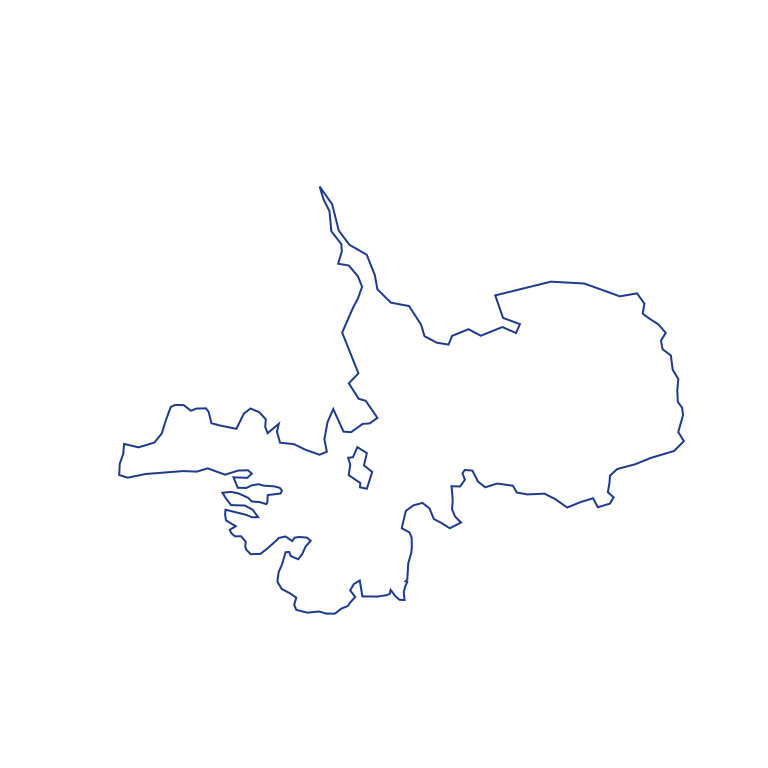 Kattakurgan, Samarkand, Uzbekistan, rotated 67°
{"feature_id": "79887680B42303592957509", "entity_name": "Kattakurgan", "entity_type": "district", "adm_level": 2, "iso_a3": "UZB", "parent_name": "Uzbekistan", "parent_adm1": "Samarkand", "projection": "orthographic", "projection_center": [66.271, 39.924], "detail": "fine", "context": "isolated", "style": "outline", "palette": "blue", "viewbox_px": 768, "rotation_deg": 67, "n_neighbors": 0, "source": "geoboundaries", "source_scale": "gbopen_adm2", "svg_char_len": 3250}
<svg xmlns="http://www.w3.org/2000/svg" viewBox="0 0 768 768"><g transform="rotate(67 384 384)"><path d="M576.2,519.0L574.1,511.0L574.2,504.1L572.0,500.6L568.8,493.7L560.8,495.8L556.4,490.0L555.4,483.1L571.1,486.9L577.0,473.3L579.4,464.2L579.4,460.7L576.1,458.4L584.0,456.3L588.6,454.1L590.9,449.5L583.1,447.1L578.6,443.5L575.3,440.0L574.1,441.2L573.1,439.0L558.5,431.7L549.7,424.6L545.2,422.2L536.2,418.6L530.6,418.5L523.8,424.0L520.4,421.7L509.3,413.4L507.2,404.2L508.5,395.1L516.4,390.7L527.7,390.9L534.6,385.3L542.5,379.8L541.6,367.2L533.7,370.4L525.8,370.3L519.1,366.7L512.4,364.3L504.5,361.8L508.1,353.9L503.7,346.9L496.9,346.7L494.7,343.3L498.2,336.5L510.6,335.6L518.6,331.2L519.9,318.6L528.0,305.1L535.9,304.1L541.7,295.1L547.6,279.2L556.8,271.4L569.3,263.6L569.5,248.8L570.9,236.2L581.0,235.3L582.4,222.7L578.0,216.9L571.1,220.2L563.1,215.1L556.7,211.8L553.4,202.6L554.6,194.0L556.0,184.4L556.3,167.2L557.6,155.8L559.0,143.2L553.8,130.3L543.2,131.9L529.4,120.8L522.4,118.9L515.3,120.5L504.8,116.7L494.4,111.1L483.8,112.7L469.8,108.8L460.9,114.0L452.2,112.0L447.0,104.7L436.4,108.1L427.7,114.0L420.4,118.4L411.8,112.9L399.4,115.7L395.5,132.6L369.8,160.3L355.0,190.4L345.9,247.0L369.7,248.6L382.0,235.5L388.7,242.5L377.8,252.8L377.4,276.0L366.6,284.8L366.3,302.5L372.9,309.2L366.7,319.2L355.9,328.0L343.8,326.7L322.0,330.5L311.8,345.9L294.2,353.1L280.3,349.9L258.3,349.4L242.4,361.4L225.2,365.7L198.2,361.5L177.1,366.1L190.2,367.5L203.8,366.7L222.8,372.8L238.6,368.6L245.4,371.0L255.4,379.2L261.1,370.2L274.7,365.9L286.0,366.2L294.9,374.4L301.5,382.5L320.3,402.4L364.2,403.4L369.6,416.1L387.7,413.1L392.3,407.4L412.6,403.3L414.7,412.5L412.4,419.3L415.5,433.1L412.0,439.9L387.2,440.5L397.2,451.0L411.7,460.5L424.0,463.1L423.9,471.1L413.5,482.3L404.4,490.1L397.4,502.6L386.2,501.2L379.5,496.4L383.8,510.3L377.0,510.1L370.3,506.6L361.3,509.8L354.4,516.5L356.5,524.6L367.6,537.4L358.3,550.9L352.7,558.2L341.3,556.3L336.8,557.4L333.3,566.4L333.2,572.2L325.2,576.6L321.7,584.5L321.7,589.1L331.6,598.5L342.7,607.9L348.2,618.3L346.4,634.7L337.6,646.7L346.5,651.4L354.3,658.5L364.3,663.3L370.1,656.5L373.8,638.3L385.6,603.1L391.5,590.6L392.8,579.2L405.4,565.7L406.7,552.0L409.0,546.2L410.3,542.9L414.8,540.7L417.0,546.5L411.1,559.0L422.4,559.2L425.9,551.3L425.6,545.4L427.2,538.7L430.7,534.2L435.3,525.1L438.8,520.6L442.2,519.6L444.4,521.9L440.8,534.4L447.1,537.5L448.6,539.2L447.1,541.1L444.0,544.8L440.5,551.6L435.7,553.5L428.0,560.5L423.4,567.2L421.0,575.2L427.8,574.2L435.7,572.1L441.5,559.6L448.4,554.0L457.4,551.9L455.1,557.6L450.5,562.1L437.8,579.0L442.3,581.4L447.9,582.7L457.0,576.0L458.0,582.9L461.4,582.9L465.9,580.8L468.3,575.1L475.1,572.9L479.5,575.3L482.9,575.4L488.6,573.2L492.1,564.2L490.0,556.1L485.7,543.4L484.6,541.1L485.9,534.2L492.7,529.8L490.5,526.3L491.7,521.8L492.9,519.5L495.2,515.0L499.7,512.8L503.0,519.7L508.5,525.6L511.8,531.4L506.1,537.0L501.6,536.9L500.4,540.3L510.4,548.5L515.9,554.4L523.7,559.1L526.0,559.2L532.8,558.2L539.6,552.6L546.4,548.2L552.0,552.9L557.6,553.0L564.5,544.0L568.1,532.6L572.7,527.0L576.2,519.0ZM440.9,426.8L451.1,434.2L460.3,429.2L473.7,440.7L469.7,446.5L465.9,444.5L454.1,452.1L445.1,446.6L437.9,445.8L439.3,441.2L431.7,433.2L440.9,426.8Z" fill="none" stroke="#1e3a8a" stroke-width="2"/></g></svg>